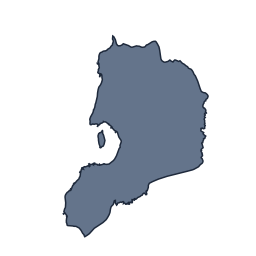 Kota Baubau, Sulawesi Tenggara, Indonesia (Albers equal-area conic projection), rotated 344°
{"feature_id": "22746128B66779214231616", "entity_name": "Kota Baubau", "entity_type": "district", "adm_level": 2, "iso_a3": "IDN", "parent_name": "Indonesia", "parent_adm1": "Sulawesi Tenggara", "projection": "albers", "projection_center": [122.657, -5.423], "detail": "fine", "context": "isolated", "style": "filled", "palette": "slate", "viewbox_px": 256, "rotation_deg": 344, "n_neighbors": 0, "source": "geoboundaries", "source_scale": "gbopen_adm2", "svg_char_len": 5841}
<svg xmlns="http://www.w3.org/2000/svg" viewBox="0 0 256 256"><g transform="rotate(344 128 128)"><path d="M146.7,45.7L144.9,46.6L143.1,46.8L141.5,46.4L140.7,45.7L140.1,43.8L140.2,39.6L139.5,36.4L138.7,35.4L137.6,38.3L137.9,39.7L137.6,41.1L136.4,42.7L135.9,43.9L134.3,44.7L132.8,46.0L129.9,46.8L129.0,47.5L127.1,47.7L126.5,47.4L125.1,47.4L123.6,47.9L122.5,47.9L121.5,48.4L120.3,50.0L119.7,51.3L119.2,53.2L117.4,56.2L117.7,58.4L117.2,59.9L117.0,62.2L115.6,63.6L115.6,64.2L114.3,66.2L114.6,67.2L116.8,68.4L117.3,69.2L117.4,70.0L116.8,72.7L116.8,73.9L116.5,74.8L115.0,77.2L113.4,79.0L111.2,80.7L109.9,82.8L108.4,85.9L107.2,89.2L103.8,95.3L103.2,95.9L101.8,98.9L100.3,100.8L99.7,101.2L99.8,101.5L98.4,103.7L95.1,107.0L93.7,109.0L93.4,111.2L92.7,113.0L92.6,114.2L92.8,114.4L93.2,114.4L93.4,114.7L95.2,114.4L96.4,115.1L98.5,115.2L98.9,115.4L100.1,116.5L99.1,118.0L99.3,118.1L100.2,116.5L100.7,117.2L101.9,116.8L102.5,116.0L104.2,116.1L106.0,115.5L106.2,115.0L106.8,115.6L107.9,115.8L109.0,116.9L109.8,118.3L110.4,118.4L110.6,118.7L110.8,119.1L110.5,119.5L111.1,120.0L112.2,121.4L112.5,122.2L111.8,122.7L111.7,123.2L112.8,123.2L112.6,123.5L113.7,125.2L114.3,126.7L114.7,127.2L115.4,127.4L115.7,128.1L114.2,129.3L115.8,128.2L116.6,129.0L116.7,134.1L117.9,138.0L117.9,138.7L117.6,139.6L115.5,142.5L115.1,144.5L113.9,145.2L109.3,151.5L106.6,154.2L105.0,155.3L99.9,157.4L97.5,157.1L95.1,156.1L95.2,155.8L95.0,155.7L93.8,156.0L93.5,155.9L92.8,156.0L90.6,155.9L90.7,155.4L90.4,155.3L90.4,154.6L90.1,154.5L90.4,154.8L90.2,155.3L89.0,155.4L88.4,154.9L88.4,154.5L86.7,153.6L86.2,153.6L86.2,152.7L87.0,152.6L85.6,152.5L85.6,153.5L84.8,153.4L84.8,152.6L84.6,152.6L84.5,153.7L84.2,153.3L83.1,153.1L82.5,152.7L81.4,152.7L80.8,151.6L80.5,151.7L81.2,153.2L80.8,153.4L80.7,154.3L80.1,154.5L79.5,153.1L78.8,153.4L76.3,153.6L75.5,153.2L73.8,153.8L73.4,153.7L73.7,154.3L73.4,154.5L73.1,154.1L73.2,154.5L72.9,154.2L73.4,153.7L72.6,153.9L72.2,154.4L72.8,154.9L72.1,154.8L71.7,155.0L70.7,156.8L70.7,156.2L70.6,157.0L69.9,157.9L69.6,157.4L69.9,157.1L69.8,156.9L69.4,157.3L69.9,158.1L69.2,160.0L68.4,161.6L67.7,162.0L66.9,163.3L63.7,165.0L62.5,166.0L61.3,166.6L61.1,166.1L60.7,166.4L61.2,166.6L58.8,168.3L56.7,171.1L56.2,170.6L56.0,170.8L56.5,171.3L55.7,172.2L55.2,172.2L54.6,171.8L54.3,171.9L53.5,172.6L51.7,173.2L49.7,174.8L48.8,176.1L48.4,177.3L47.5,182.7L46.1,186.7L45.7,187.4L44.7,188.4L43.3,190.8L43.9,192.2L42.2,192.6L42.3,193.0L44.0,192.4L44.9,194.9L45.0,195.9L44.6,195.9L44.6,196.1L45.1,196.0L45.1,196.4L44.2,197.6L43.2,200.0L42.7,202.0L42.9,202.7L42.7,204.6L43.2,205.2L47.8,206.9L49.0,207.6L50.9,208.2L53.5,210.7L54.7,213.5L55.4,216.7L56.3,218.5L56.2,219.5L56.5,220.6L59.3,219.8L61.8,218.9L67.9,215.1L77.8,212.0L81.7,210.1L83.6,208.5L85.9,206.2L87.4,204.2L88.8,201.1L89.8,199.4L90.7,198.6L92.7,197.5L94.9,194.1L95.9,194.1L95.2,196.7L95.8,199.0L96.6,198.5L96.9,197.7L97.4,197.4L99.0,197.4L100.2,197.1L101.6,197.8L102.2,197.4L103.1,197.4L103.5,198.0L102.9,199.3L103.7,199.0L104.5,199.8L104.6,200.5L105.0,200.7L105.6,200.3L106.0,200.8L106.5,200.7L107.9,199.6L108.2,199.8L108.2,200.3L108.1,200.7L107.6,201.0L107.5,201.3L108.4,201.6L108.6,201.4L108.7,200.3L109.3,199.9L111.2,201.0L111.5,200.9L111.7,200.6L110.7,200.0L111.9,199.9L112.1,199.2L111.9,198.3L112.2,197.9L114.1,199.0L114.3,197.9L115.0,197.7L115.3,197.8L115.3,198.6L115.5,198.7L116.5,198.5L118.2,197.5L120.7,197.2L122.2,196.5L123.1,196.5L124.2,195.4L125.4,195.0L125.9,195.2L126.3,195.8L126.6,196.9L127.5,197.1L127.9,196.5L128.0,195.8L127.7,194.4L128.2,194.2L128.4,193.4L128.9,193.3L129.2,193.5L129.4,193.3L131.2,190.6L131.8,188.6L133.3,187.0L136.8,186.3L143.2,185.5L152.3,185.2L173.0,185.9L178.6,186.0L180.3,185.8L185.1,184.7L187.3,183.2L189.6,182.3L190.2,181.8L190.8,180.9L191.0,180.3L190.8,177.9L190.1,176.8L190.4,176.2L192.0,175.2L191.9,174.0L192.3,173.7L192.3,173.3L192.0,172.7L192.3,172.1L191.8,170.8L191.8,170.1L192.5,169.8L192.3,169.3L192.4,168.8L194.2,167.8L194.7,167.7L194.8,167.5L194.8,163.7L194.6,163.2L195.2,162.4L195.8,162.6L196.8,160.7L197.6,160.0L197.7,159.1L199.1,159.0L199.8,157.7L200.5,157.2L199.3,155.7L198.6,154.3L199.5,153.2L197.4,151.1L197.3,150.4L197.9,149.5L197.8,149.0L198.0,148.5L198.3,148.4L199.0,148.8L199.4,148.6L200.5,149.6L201.6,149.5L202.0,148.1L203.0,146.7L202.5,146.1L202.5,145.5L202.7,145.1L203.3,144.7L203.2,143.7L203.8,141.9L203.6,140.7L204.2,139.7L205.1,139.2L204.8,138.8L204.7,138.0L205.1,137.4L205.8,136.9L205.9,136.6L205.4,135.6L206.2,134.9L206.7,134.8L207.2,135.3L207.5,135.2L207.1,133.4L207.7,132.5L207.7,131.9L207.0,129.9L206.4,129.7L206.0,129.0L205.9,127.6L206.8,126.0L207.9,125.0L208.2,124.1L209.3,123.3L210.2,123.3L210.8,122.0L212.2,121.5L212.8,121.0L213.8,119.4L213.5,117.9L212.7,116.5L211.9,115.5L210.2,114.7L208.6,113.2L208.5,112.8L208.2,110.1L207.9,102.2L207.1,96.5L206.3,94.6L206.0,92.1L205.5,90.3L204.8,88.9L202.6,87.2L202.2,85.6L201.8,85.1L200.8,84.1L199.7,82.3L198.1,80.8L196.5,77.7L195.1,78.0L192.7,76.0L191.8,75.5L191.2,75.7L189.4,76.9L187.9,75.6L187.1,74.3L186.8,74.2L185.1,75.0L181.7,75.0L180.7,74.5L179.4,73.1L178.9,72.0L178.7,70.5L179.9,61.8L180.1,58.6L179.4,55.1L178.7,52.8L178.3,52.2L176.7,51.8L175.0,51.8L169.9,53.3L168.6,53.3L166.9,54.5L166.2,54.7L164.1,54.4L163.4,54.1L161.4,52.5L160.0,52.0L158.8,51.4L154.0,51.5L152.9,50.8L151.2,48.9L146.7,45.7ZM86.1,152.7L86.1,153.5L85.7,153.5L85.8,152.7L86.1,152.7ZM102.1,126.4L102.8,123.7L102.6,123.4L101.1,124.6L100.6,124.9L99.5,124.8L98.2,125.4L97.1,127.1L96.8,128.3L96.7,129.9L96.2,131.8L95.8,135.2L96.0,138.0L95.6,139.0L96.0,139.4L96.6,139.4L98.0,138.6L99.0,138.6L99.8,138.1L100.1,138.2L99.8,138.0L100.8,136.6L102.4,133.6L102.5,128.2L102.4,127.2L102.1,126.4ZM115.1,70.9L116.0,69.8L115.8,69.4L115.5,69.5L115.0,70.3L114.9,70.8L115.1,70.9ZM116.6,58.2L116.7,57.6L116.3,57.4L116.3,57.9L116.6,58.2ZM115.6,69.3L115.8,68.6L115.6,68.2L115.6,69.3Z" fill="#64748b" stroke="#1e293b" stroke-width="1.5"/></g></svg>